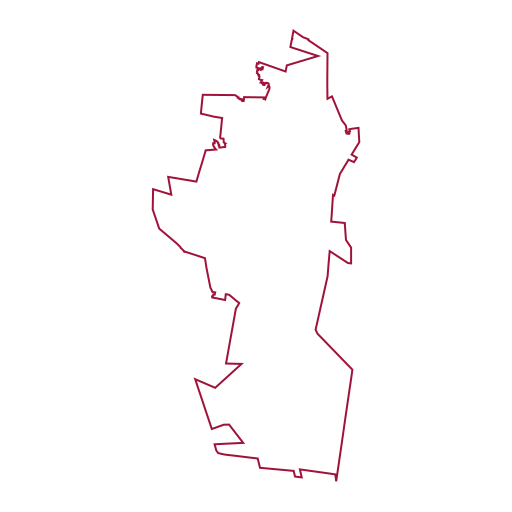 Matehuala, San Luis Potosí, Mexico (Natural Earth projection)
{"feature_id": "50627088B37134709492679", "entity_name": "Matehuala", "entity_type": "district", "adm_level": 2, "iso_a3": "MEX", "parent_name": "Mexico", "parent_adm1": "San Luis Potosí", "projection": "natural_earth1", "projection_center": [-100.598, 23.522], "detail": "fine", "context": "isolated", "style": "outline", "palette": "rose", "viewbox_px": 512, "rotation_deg": 0, "n_neighbors": 0, "source": "geoboundaries", "source_scale": "gbopen_adm2", "svg_char_len": 5220}
<svg xmlns="http://www.w3.org/2000/svg" viewBox="0 0 512 512"><path d="M308.5,39.3L303.0,37.2L293.5,30.7L292.0,38.6L292.4,38.8L292.1,39.5L291.5,40.8L291.5,41.2L290.4,47.0L295.1,48.6L295.8,48.8L296.4,49.0L296.5,49.0L298.0,49.5L298.4,49.6L300.5,50.3L301.0,50.5L318.0,56.0L286.8,65.4L285.6,71.5L258.9,62.1L258.8,62.6L258.6,63.7L258.5,63.8L257.0,63.3L256.6,65.2L256.6,65.3L256.3,66.6L256.7,66.9L256.6,67.7L256.9,67.7L257.7,68.0L259.3,68.4L260.8,68.8L261.1,68.2L261.8,68.6L262.4,67.6L261.4,66.9L263.0,67.2L262.5,69.3L260.9,68.9L260.7,69.9L259.2,69.2L259.1,69.4L258.2,69.6L258.1,70.2L257.2,70.2L257.0,71.7L257.3,72.2L256.9,73.1L257.4,73.4L258.2,74.1L258.1,74.6L259.0,74.9L258.7,75.9L259.5,76.3L259.3,77.1L258.5,77.0L259.3,77.2L258.9,79.2L259.9,79.6L262.1,80.1L261.0,82.0L260.7,82.5L262.3,82.6L261.5,82.8L262.0,83.3L263.2,82.6L263.3,82.7L263.0,84.7L264.5,85.0L264.8,83.1L265.9,83.4L266.2,82.8L267.6,83.0L268.0,83.2L268.6,83.6L268.6,83.8L268.7,84.1L268.6,85.1L268.2,85.9L268.1,86.0L267.7,87.0L268.1,86.7L269.1,86.2L269.4,87.3L269.5,87.3L269.4,88.9L268.5,91.2L268.1,92.1L267.8,92.7L266.8,95.2L266.0,97.1L265.7,98.0L265.6,97.6L265.0,97.7L265.0,98.0L265.2,98.3L265.4,98.3L265.5,98.4L264.8,100.0L264.8,98.8L263.7,98.9L263.8,97.4L247.8,97.2L247.1,97.2L246.6,97.2L245.4,97.1L244.5,97.1L244.1,97.1L243.8,100.2L243.7,101.0L242.5,101.0L242.6,100.6L242.7,100.1L242.4,100.1L241.8,100.1L241.9,99.3L241.6,99.3L240.3,99.3L240.3,99.0L240.3,98.8L239.8,98.8L239.2,98.8L238.6,98.4L238.6,97.5L238.2,97.5L237.6,97.5L237.6,96.8L235.1,95.1L234.6,95.1L233.4,95.1L222.5,95.0L222.3,95.0L202.8,94.8L201.8,104.1L201.7,105.3L201.7,105.5L201.6,106.1L201.4,108.1L200.9,113.6L203.0,114.1L204.0,114.3L205.2,114.6L209.0,115.5L209.6,115.6L210.8,115.9L211.0,116.0L213.5,116.6L222.1,118.0L220.5,134.3L220.1,137.1L220.5,138.4L223.5,138.7L223.8,142.4L224.1,142.5L225.1,143.2L224.7,143.3L225.1,144.5L225.3,145.7L225.1,147.0L224.5,147.0L219.4,147.6L219.4,147.0L219.3,146.2L219.2,145.1L218.7,145.3L218.5,144.2L218.4,143.7L218.3,142.9L217.8,142.8L217.5,141.7L215.4,140.4L214.2,139.9L214.3,140.4L214.4,140.7L214.5,141.1L214.4,141.2L214.4,141.3L214.5,141.4L214.6,141.5L214.7,141.8L214.7,142.1L214.7,142.3L214.5,142.2L214.4,142.5L214.4,142.9L214.4,143.3L214.2,143.3L213.8,143.5L213.7,143.5L213.4,143.6L213.2,143.5L213.0,144.7L213.1,144.9L213.4,145.7L213.5,145.9L213.6,146.2L213.7,146.3L213.8,146.4L213.8,146.5L214.0,146.8L214.4,147.5L214.5,147.5L214.8,148.0L215.0,148.4L215.2,148.6L215.3,148.7L215.5,149.0L215.8,149.3L216.0,149.5L212.7,149.8L210.2,150.0L207.7,150.2L205.7,150.3L205.3,151.8L201.6,164.2L201.4,164.8L201.3,165.1L201.1,165.8L201.0,166.1L200.7,167.0L200.6,167.5L200.4,168.1L200.2,168.7L199.0,172.6L196.4,181.6L168.2,176.9L171.3,194.7L153.1,189.2L152.7,209.4L159.2,228.6L176.7,243.4L180.5,247.2L180.6,247.8L181.6,248.7L182.7,249.8L183.4,250.5L183.9,250.9L183.8,251.2L184.0,251.5L184.3,251.6L184.4,251.8L184.5,251.8L184.6,251.7L185.2,251.9L185.5,252.0L185.7,251.9L205.0,258.2L206.4,267.5L207.2,271.6L210.4,287.7L211.4,289.6L211.9,290.8L212.4,291.9L213.9,292.2L215.2,292.4L215.0,293.1L214.7,294.6L213.3,294.5L213.0,295.8L212.2,296.2L212.1,297.4L212.3,297.5L213.4,297.7L214.0,297.8L214.8,298.0L215.5,298.1L216.8,298.3L217.3,298.4L218.4,298.7L220.1,299.0L223.0,299.6L223.8,299.7L225.1,300.0L225.3,298.6L225.7,294.7L225.8,294.2L226.7,294.3L229.2,294.8L236.5,300.9L239.2,303.0L238.4,304.5L235.9,308.6L226.7,359.8L226.0,363.5L235.9,363.8L236.8,363.8L237.2,363.8L241.5,363.9L215.2,387.8L195.2,379.2L196.3,382.4L196.4,382.8L211.8,429.0L223.8,424.7L229.1,424.6L243.2,442.9L242.9,442.9L240.3,443.0L234.5,443.3L227.9,443.6L214.6,444.3L216.3,450.5L218.2,453.1L223.8,454.4L225.9,454.7L226.5,454.8L230.1,455.2L236.3,455.9L250.9,457.7L251.0,457.7L254.6,458.1L257.7,458.5L260.0,467.8L293.7,470.9L295.0,476.5L296.5,476.8L298.6,477.0L300.6,477.3L301.7,477.4L299.9,469.4L328.6,473.4L335.3,474.4L336.2,481.3L342.0,441.5L345.2,419.0L350.3,384.2L350.4,383.7L352.4,369.7L317.5,333.7L315.6,329.7L327.6,276.2L328.7,262.2L329.7,251.1L347.9,263.0L351.1,263.4L351.1,259.3L351.1,257.5L351.1,247.6L346.0,240.0L345.8,237.8L345.8,237.6L345.3,230.8L345.0,225.7L344.9,225.5L344.9,225.2L344.9,224.6L344.9,224.3L344.8,224.2L344.8,223.9L344.8,223.6L344.8,223.0L331.2,221.6L331.7,214.8L333.0,194.9L334.3,195.6L339.9,173.9L343.0,168.9L344.2,166.8L344.6,166.2L345.0,165.5L345.4,165.0L345.9,164.0L346.3,163.3L346.9,162.5L347.2,162.0L347.4,161.6L347.7,161.2L348.0,160.5L348.5,159.7L349.2,160.0L354.0,162.1L355.0,160.5L355.3,160.1L355.7,159.4L356.3,158.5L356.5,158.1L356.8,157.6L351.6,154.6L353.9,150.9L357.3,145.3L358.1,144.1L359.3,142.0L358.9,135.5L358.5,127.9L356.2,128.2L354.9,128.4L352.1,128.7L351.7,128.8L351.3,128.9L349.3,129.3L349.7,130.6L350.0,131.3L349.5,131.5L349.2,131.6L349.2,132.6L349.4,133.4L349.0,133.5L348.7,133.7L348.7,133.8L348.2,133.7L347.8,133.7L347.7,132.8L347.7,132.5L347.7,132.2L347.4,132.3L347.2,132.5L346.9,132.8L346.9,133.3L347.0,133.5L346.6,133.5L346.6,133.4L346.5,133.2L346.3,132.9L345.9,131.7L345.7,130.8L346.2,130.6L346.7,130.3L346.7,130.1L346.5,129.1L345.8,125.6L345.7,125.3L341.9,120.4L332.0,96.4L329.7,97.6L327.5,98.8L327.4,96.3L327.4,96.2L327.4,94.8L327.4,94.3L327.3,85.4L327.3,77.8L327.5,53.1L308.4,40.2L308.5,39.3Z" fill="none" stroke="#9f1239" stroke-width="2"/></svg>